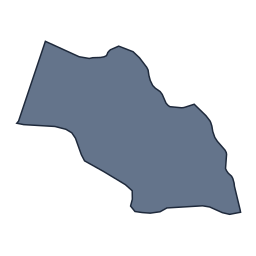 Saint Mary, Albers equal-area conic projection, rotated 179°
{"feature_id": "JAM-1381", "entity_name": "Saint Mary", "entity_type": "Parish", "adm_level": 1, "iso_a3": "JAM", "parent_name": "Jamaica", "parent_adm1": "", "projection": "albers", "projection_center": [-76.93, 18.277], "detail": "fine", "context": "isolated", "style": "filled", "palette": "slate", "viewbox_px": 256, "rotation_deg": 179, "n_neighbors": 0, "source": "natural_earth", "source_scale": "10m", "svg_char_len": 974}
<svg xmlns="http://www.w3.org/2000/svg" viewBox="0 0 256 256"><g transform="rotate(179 128 128)"><path d="M16.9,41.8L27.9,39.9L35.1,41.7L47.7,47.6L54.8,48.9L90.5,47.4L97.4,43.7L107.2,42.5L115.2,43.2L122.5,44.4L126.8,49.9L124.9,56.7L124.9,65.2L131.6,71.4L153.1,84.9L172.0,95.9L175.1,102.1L180.7,118.7L184.3,124.2L190.1,127.8L201.0,130.8L232.2,133.2L239.1,134.7L237.3,136.8L209.1,216.1L175.6,200.1L165.5,198.2L162.0,198.9L154.3,199.0L150.7,199.6L148.3,200.7L147.5,202.2L146.9,203.8L145.4,205.5L144.1,206.6L135.9,210.0L121.6,204.2L115.3,198.0L108.2,188.3L106.9,185.6L106.2,180.2L104.9,175.1L102.6,170.1L100.0,167.3L95.2,163.8L93.2,161.0L89.6,152.3L87.7,150.0L85.8,148.6L74.2,147.3L72.3,147.4L70.6,147.8L61.4,150.6L49.8,138.9L45.8,133.5L45.1,131.8L44.1,128.4L43.3,123.0L41.4,117.1L38.9,113.1L31.4,104.2L30.2,101.8L29.9,99.9L31.2,85.7L30.1,83.3L28.5,81.0L25.3,78.0L24.1,75.7L22.9,71.1L22.6,67.9L17.4,44.6L16.9,41.8Z" fill="#64748b" stroke="#1e293b" stroke-width="1.5"/></g></svg>